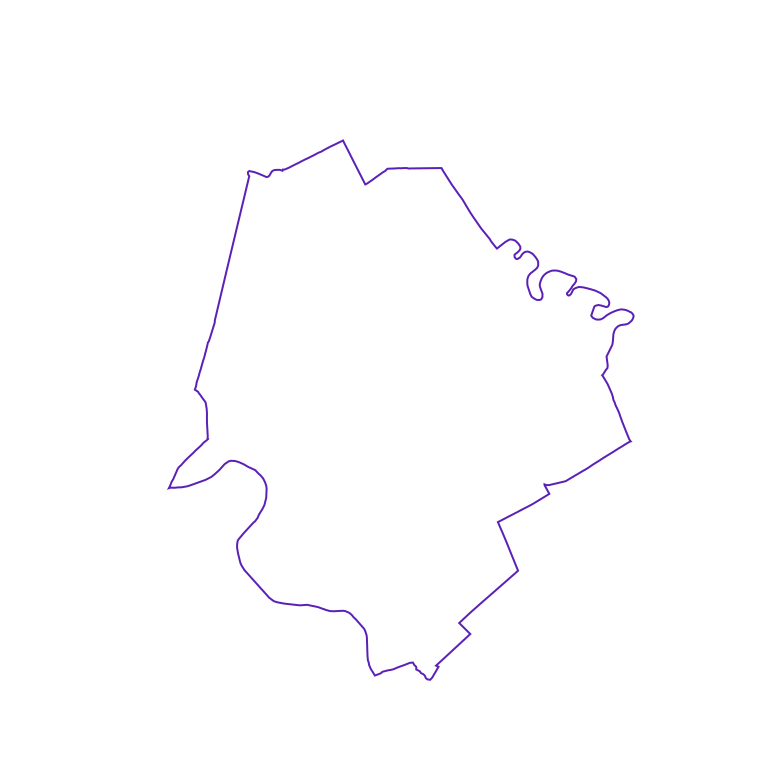 outline of Cilibia, Buzau, Romania, rotated 227°
{"feature_id": "2599482B67020299578816", "entity_name": "Cilibia", "entity_type": "district", "adm_level": 2, "iso_a3": "ROU", "parent_name": "Romania", "parent_adm1": "Buzau", "projection": "equal_earth", "projection_center": [27.05, 45.044], "detail": "fine", "context": "isolated", "style": "outline", "palette": "violet", "viewbox_px": 768, "rotation_deg": 227, "n_neighbors": 0, "source": "geoboundaries", "source_scale": "gbopen_adm2", "svg_char_len": 5938}
<svg xmlns="http://www.w3.org/2000/svg" viewBox="0 0 768 768"><g transform="rotate(227 384 384)"><path d="M590.0,520.1L592.1,513.3L594.2,506.6L596.1,499.7L596.5,497.5L596.8,496.4L597.9,493.6L598.8,490.0L600.6,483.8L601.3,481.5L602.0,479.5L602.8,476.7L603.4,474.7L603.6,473.7L604.1,471.9L604.7,470.1L606.0,465.7L606.7,463.1L606.9,462.4L607.4,461.0L607.9,459.5L608.2,458.7L608.7,457.5L609.3,456.7L609.8,456.3L609.2,455.2L611.6,453.9L614.8,450.4L615.4,449.3L615.7,448.3L615.9,447.2L615.8,446.5L615.2,444.3L614.8,443.0L614.5,441.4L614.8,440.4L615.2,439.6L616.0,438.9L617.8,438.2L623.4,435.7L627.7,433.5L631.5,430.8L631.6,430.5L631.8,429.8L631.7,429.0L631.3,428.5L629.9,427.6L627.9,427.2L580.6,355.8L571.7,342.4L545.9,303.7L544.3,302.0L536.8,288.9L534.6,284.8L534.5,283.7L529.4,276.0L528.4,274.2L527.2,272.5L525.8,270.2L524.3,267.4L519.9,260.2L517.7,256.3L516.4,254.3L515.2,252.2L514.1,250.2L513.4,248.7L510.7,245.2L509.6,243.2L508.9,241.8L508.1,242.0L505.2,242.7L504.4,242.6L504.0,242.4L503.5,242.3L501.6,242.2L500.2,242.0L496.7,241.5L494.4,241.3L492.9,241.1L491.9,240.8L488.9,238.8L487.1,237.6L483.7,234.9L480.9,232.3L479.4,230.8L478.4,230.0L477.4,229.0L476.3,228.0L473.5,225.7L470.6,223.3L468.0,221.1L465.9,219.4L464.7,218.0L463.8,217.9L463.8,215.1L463.8,214.8L464.1,213.4L464.0,210.0L463.8,209.3L463.8,207.3L463.8,204.9L463.9,201.6L463.7,197.4L463.7,195.6L463.7,192.0L463.7,189.7L463.6,187.4L463.6,186.5L463.5,185.6L463.4,184.4L463.2,182.2L463.0,179.9L463.1,178.9L463.0,176.8L462.7,175.6L462.3,174.4L461.1,171.8L460.3,169.9L458.2,165.1L457.6,163.0L457.2,161.7L456.5,160.4L455.0,157.0L454.5,155.6L453.6,157.4L450.8,160.2L449.3,162.3L446.5,165.5L443.2,170.6L441.0,175.5L435.6,188.1L433.8,194.3L433.5,198.6L433.4,204.9L434.1,212.9L433.3,217.9L432.3,219.6L429.2,222.6L425.6,224.7L421.1,226.6L416.1,228.1L408.8,231.1L404.3,231.1L401.3,231.4L397.4,231.2L393.3,230.0L389.7,228.4L387.1,226.4L381.0,220.1L377.1,214.1L375.6,210.2L373.7,203.3L372.3,200.3L371.5,195.8L371.7,194.4L370.6,179.9L369.6,171.7L369.0,169.9L366.9,167.2L364.2,164.7L359.6,161.7L351.4,157.1L348.3,156.0L342.9,155.0L305.7,154.3L300.4,155.3L297.4,156.9L291.4,161.3L279.5,171.5L274.9,177.2L266.0,183.5L258.4,187.4L254.8,189.6L252.3,192.0L246.0,199.5L244.3,200.8L240.2,202.6L236.8,202.9L234.4,202.7L230.8,202.9L218.4,202.5L215.9,201.7L212.1,199.9L209.8,198.2L197.0,187.0L192.7,183.6L191.3,183.2L188.5,181.4L184.6,180.0L178.7,178.9L177.0,178.5L174.6,184.3L174.6,186.5L174.1,187.5L172.8,189.9L171.7,191.9L170.4,193.8L168.7,196.8L168.2,198.6L166.6,202.6L164.8,206.7L162.4,212.8L160.5,215.2L157.8,214.5L155.6,214.7L154.6,214.3L153.3,212.9L149.3,214.3L147.6,213.8L144.8,214.9L142.6,214.9L140.4,214.0L138.4,214.3L136.2,216.0L136.4,219.1L140.0,231.0L142.5,230.0L142.3,276.6L154.9,276.1L157.9,276.0L157.9,292.1L157.5,307.0L156.8,328.4L156.0,354.7L174.1,361.6L184.5,365.6L193.4,368.9L204.4,372.8L205.3,373.1L195.0,410.1L192.6,421.6L190.9,430.0L200.7,432.5L201.1,432.9L200.8,433.0L198.9,434.2L197.4,435.9L189.0,450.6L188.0,455.5L187.2,459.1L187.0,460.2L186.1,464.0L185.4,467.3L184.6,470.9L183.6,475.1L182.6,481.7L182.4,482.8L181.3,488.3L181.2,488.9L180.3,494.2L178.8,501.5L178.7,502.1L178.3,504.0L178.0,505.3L177.9,506.0L177.8,506.5L177.7,507.2L177.4,508.9L177.1,510.1L177.0,511.1L176.2,514.6L175.7,517.2L175.6,517.8L175.4,519.0L174.6,522.6L174.3,523.9L174.1,524.8L173.8,525.3L174.2,525.3L175.1,525.4L177.1,525.9L178.2,526.4L180.7,527.3L183.6,528.4L186.1,529.4L193.5,532.3L200.5,535.3L202.1,536.1L207.0,537.8L207.7,538.1L209.6,538.5L213.2,540.1L213.7,540.3L215.5,540.8L217.6,541.9L217.7,542.2L221.5,544.0L224.5,545.1L230.6,547.2L231.9,547.6L236.5,548.6L240.5,549.4L241.6,549.5L241.5,550.2L241.6,550.7L243.0,556.0L243.2,558.1L244.9,560.2L252.3,565.5L255.9,574.9L256.9,577.6L258.2,579.4L260.4,581.9L264.0,585.8L265.9,589.0L266.6,591.4L266.6,594.9L265.6,597.4L262.6,601.6L261.7,603.4L261.5,604.6L261.4,608.4L262.1,610.8L263.2,612.6L264.3,613.4L266.3,613.7L267.8,613.6L269.1,613.0L270.6,612.5L273.1,611.4L276.2,609.0L277.5,607.4L279.0,604.6L280.0,602.1L281.4,598.1L282.3,594.0L282.7,589.1L283.5,586.5L284.7,584.9L286.6,583.1L290.1,581.8L292.7,582.2L297.2,590.7L297.0,592.1L295.6,594.6L293.5,596.2L288.6,599.1L287.9,600.5L288.3,602.1L289.5,604.0L291.4,605.1L293.4,605.6L295.8,605.6L302.7,604.4L306.2,603.0L308.2,602.2L313.2,599.3L318.7,595.7L322.1,592.7L323.4,589.8L324.1,587.1L322.9,583.9L322.2,581.7L322.5,579.6L323.5,579.0L324.9,579.1L325.7,580.0L325.7,581.6L326.1,584.5L326.3,586.0L327.1,588.7L327.5,592.1L328.1,594.4L329.6,596.2L332.4,596.6L334.0,595.9L335.9,594.7L338.3,593.4L342.5,591.5L345.7,589.9L348.8,588.0L351.1,585.7L352.5,583.9L353.9,580.3L354.4,578.3L354.5,574.9L353.9,572.0L352.5,568.8L350.7,565.9L348.8,564.4L345.8,563.1L342.0,561.5L339.5,559.2L338.7,556.5L339.5,554.9L341.3,553.1L343.0,552.4L345.8,551.7L347.2,551.5L349.9,552.3L357.6,555.8L358.9,556.6L361.7,559.1L363.1,560.7L364.6,563.6L365.0,566.6L364.7,569.5L364.5,572.4L364.5,575.3L365.6,577.7L368.4,580.2L370.7,580.9L373.3,581.3L377.6,581.5L380.5,580.7L382.8,579.5L384.0,577.9L384.6,576.5L384.7,573.7L384.0,571.0L383.8,569.5L384.4,566.9L385.5,565.9L387.6,566.0L388.4,566.6L389.5,567.6L389.5,569.0L389.2,571.1L389.3,574.4L390.0,576.1L391.6,577.4L395.1,578.0L399.3,577.8L402.1,576.3L403.9,574.6L404.2,573.6L404.7,571.5L405.1,569.7L405.7,562.9L406.0,559.0L408.0,559.0L411.4,559.3L413.2,559.4L415.9,559.7L417.7,560.2L431.1,561.1L435.3,561.7L445.6,563.2L449.8,563.9L455.1,565.0L463.9,566.9L464.6,567.1L469.2,567.7L470.5,567.8L472.6,568.1L477.2,568.7L481.5,569.3L483.4,569.5L487.6,570.3L496.1,571.9L499.8,572.6L502.7,573.3L503.2,572.8L505.4,570.4L523.4,550.6L524.3,549.4L525.1,548.8L525.7,548.4L526.3,548.0L526.8,547.5L529.4,544.6L529.8,544.0L531.8,541.9L532.8,540.7L533.9,539.4L534.5,538.6L536.1,536.8L536.6,536.2L537.9,534.7L538.5,534.0L539.1,533.2L539.0,530.1L539.6,527.5L541.0,516.8L541.0,516.1L542.1,508.5L542.7,506.4L571.9,514.8L577.3,516.4L587.1,519.2L590.0,520.1Z" fill="none" stroke="#5b21b6" stroke-width="2"/></g></svg>